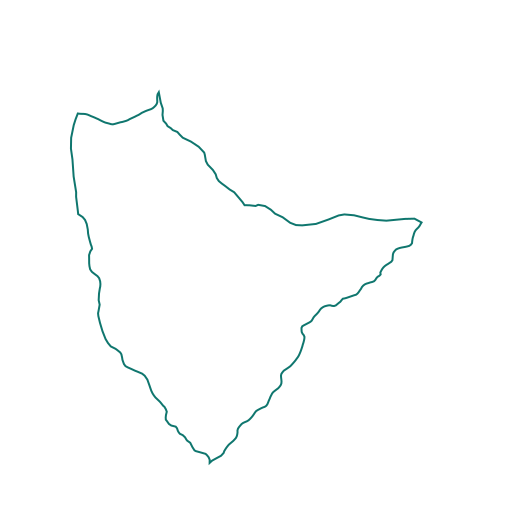 Dungtoe, Samchi, Bhutan, rotated 74°
{"feature_id": "84629894B66933064417365", "entity_name": "Dungtoe", "entity_type": "district", "adm_level": 2, "iso_a3": "BTN", "parent_name": "Bhutan", "parent_adm1": "Samchi", "projection": "mercator", "projection_center": [89.168, 27.049], "detail": "fine", "context": "isolated", "style": "outline", "palette": "teal", "viewbox_px": 512, "rotation_deg": 74, "n_neighbors": 0, "source": "geoboundaries", "source_scale": "gbopen_adm2", "svg_char_len": 4631}
<svg xmlns="http://www.w3.org/2000/svg" viewBox="0 0 512 512"><g transform="rotate(74 256 256)"><path d="M69.9,388.0L74.8,391.7L79.9,395.1L91.4,401.1L101.8,404.3L112.5,405.8L129.4,409.4L145.1,411.3L149.5,412.6L164.0,414.9L166.7,415.4L170.8,411.9L174.2,410.4L178.6,409.9L184.2,410.4L188.1,411.2L191.5,411.5L196.6,411.6L199.7,411.6L201.5,411.4L203.9,411.6L205.9,414.0L209.1,416.2L212.8,417.2L217.1,418.4L219.9,418.9L223.0,419.1L224.7,418.6L226.2,418.0L228.8,416.1L231.7,413.9L234.1,412.9L237.4,412.8L240.1,413.3L242.3,414.1L244.2,415.1L248.7,417.2L255.1,419.4L259.7,419.7L265.6,422.6L267.5,423.6L270.3,424.1L277.2,424.4L285.9,424.3L294.3,423.5L298.8,422.3L302.9,420.5L306.5,416.6L307.9,415.5L311.3,413.1L313.4,412.5L316.7,412.7L319.1,413.0L322.2,412.8L323.5,412.7L325.9,411.8L327.7,410.0L330.3,406.9L333.0,403.8L334.6,401.7L337.7,397.9L340.4,396.0L344.9,394.5L351.0,394.1L353.2,394.0L356.7,393.8L359.6,393.3L361.9,392.6L364.2,391.7L369.5,388.6L370.8,388.0L374.4,386.5L375.7,385.6L378.5,384.9L381.1,384.7L384.1,386.4L386.3,387.3L388.5,387.8L390.2,387.1L393.4,386.0L395.6,384.2L397.1,381.6L397.9,380.2L399.9,379.4L402.5,379.3L404.2,378.9L405.9,378.2L408.0,375.8L410.7,374.2L413.4,373.5L414.6,373.0L417.4,370.7L422.2,369.8L425.9,368.7L427.0,367.6L429.3,363.8L432.3,359.0L434.0,358.0L436.4,357.0L439.1,356.7L442.1,357.6L440.6,354.6L439.5,349.8L438.4,344.7L436.4,341.4L434.8,340.3L433.5,338.9L432.2,337.4L431.0,335.8L429.9,334.2L429.1,332.5L428.3,330.7L427.5,328.9L426.5,327.2L425.4,325.5L424.0,324.2L422.3,323.2L420.5,322.4L418.6,321.9L417.0,320.9L415.7,319.4L414.6,317.8L413.5,316.1L412.9,314.3L412.6,312.3L412.4,310.4L411.9,308.5L411.0,306.7L410.0,305.0L408.9,303.4L407.7,301.9L406.4,300.4L405.2,298.8L404.6,297.0L404.2,295.1L403.8,293.2L403.5,291.2L403.4,289.2L402.8,287.4L401.6,285.9L400.1,284.7L398.5,283.5L397.0,282.2L395.4,281.0L394.0,279.7L392.5,278.3L391.5,276.8L390.7,274.9L390.0,273.1L389.3,271.2L388.3,269.6L387.1,268.0L385.6,266.8L383.8,266.1L381.8,265.7L379.9,265.4L378.0,265.0L376.3,264.1L375.0,262.5L373.9,260.9L373.3,259.0L372.7,257.1L372.1,255.3L371.4,253.4L370.4,251.7L369.4,250.1L368.3,248.4L367.2,246.8L366.0,245.3L364.8,243.7L363.5,242.3L362.0,241.0L360.5,239.8L358.9,238.6L357.3,237.5L355.7,236.4L354.0,235.4L352.4,234.3L350.7,233.3L349.0,232.4L347.1,231.7L345.3,231.9L343.5,232.7L341.6,233.0L339.6,232.6L337.7,232.1L336.3,230.9L335.8,229.0L335.4,227.0L335.0,225.1L334.6,223.1L334.2,221.7L333.6,220.4L332.3,219.0L330.9,217.6L329.8,216.0L328.9,214.3L327.9,212.6L326.8,211.0L325.5,209.5L324.4,207.9L323.7,206.0L323.3,204.1L323.3,202.2L323.4,200.2L323.8,198.3L324.9,196.6L325.6,194.8L325.5,192.9L324.7,191.1L323.9,189.3L323.2,187.5L322.0,185.9L321.0,184.3L321.2,182.3L321.2,180.4L321.1,178.4L321.0,176.5L320.9,174.5L320.8,172.6L320.8,170.5L320.1,168.8L319.0,167.2L317.7,165.7L316.5,164.1L315.1,162.8L314.0,161.1L313.3,159.3L313.0,157.4L313.0,155.4L312.9,153.4L313.0,151.4L312.8,149.5L311.9,147.9L310.5,146.4L309.5,144.8L309.0,142.8L308.1,141.3L306.1,141.0L304.7,139.7L303.3,138.3L302.1,136.7L301.2,135.0L300.5,133.1L300.0,131.2L299.4,129.4L298.8,127.5L297.6,126.0L295.8,125.3L293.9,124.6L292.1,123.9L290.5,122.8L289.3,121.2L288.3,119.5L288.0,117.6L287.9,115.7L288.0,113.7L288.2,111.8L288.4,109.8L288.5,107.9L288.5,105.9L287.9,104.1L286.7,102.5L284.9,101.8L283.1,101.0L281.4,100.1L279.8,99.0L278.1,98.0L276.5,96.8L275.2,95.4L274.2,93.7L273.3,92.0L272.1,90.4L270.7,89.0L269.4,87.6L263.8,93.4L261.4,102.6L259.7,111.7L258.0,120.9L254.9,129.3L251.5,137.1L248.4,142.7L243.9,150.5L240.4,159.6L239.8,165.3L240.9,176.2L241.7,189.5L239.3,203.1L237.3,209.0L233.5,214.0L226.1,219.7L220.6,226.0L215.7,228.9L210.5,233.5L207.4,239.8L207.8,242.6L205.4,248.4L204.0,253.0L200.5,254.1L188.7,259.4L184.8,263.0L180.0,266.5L176.8,269.0L173.7,271.1L170.2,272.2L166.4,272.2L161.5,273.7L154.9,277.2L151.0,278.0L144.4,277.3L142.3,277.3L135.3,280.9L128.0,287.1L125.2,290.3L122.1,293.8L118.3,295.9L115.1,297.4L112.0,301.3L109.6,302.7L106.8,305.2L104.0,305.9L100.5,307.7L94.6,307.0L90.9,305.6L88.4,305.0L82.4,305.3L75.0,304.6L71.8,304.3L73.4,306.0L75.2,306.9L77.0,307.5L79.0,308.0L80.9,308.5L82.4,309.5L83.7,311.0L84.7,312.8L85.5,314.6L85.9,316.5L86.0,318.5L86.1,320.4L86.3,322.4L86.6,324.3L86.9,326.3L87.5,328.2L88.0,330.0L88.3,332.0L88.7,333.9L89.0,335.8L89.3,337.8L89.6,339.7L90.1,341.6L90.3,343.5L90.3,345.5L90.3,347.5L90.1,349.4L90.1,351.4L90.1,353.4L90.1,355.3L90.0,357.3L89.3,359.0L88.2,360.7L87.2,362.4L86.2,364.1L85.0,365.6L83.7,367.1L82.4,368.5L81.0,369.9L79.8,371.4L78.5,372.9L77.3,374.4L76.1,376.0L74.8,377.5L73.6,379.0L72.6,380.7L71.9,382.5L71.3,384.4L70.7,386.2L69.9,388.0Z" fill="none" stroke="#0f766e" stroke-width="2"/></g></svg>